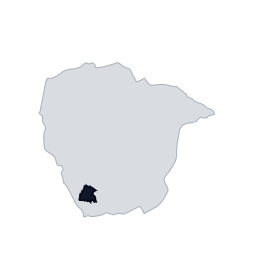 location of Mutoko, Mashonaland East, Zimbabwe, rotated 151°
{"feature_id": "62879985B11813721132111", "entity_name": "Mutoko", "entity_type": "district", "adm_level": 2, "iso_a3": "ZWE", "parent_name": "Zimbabwe", "parent_adm1": "Mashonaland East", "projection": "robinson", "projection_center": [32.255, -17.423], "detail": "fine", "context": "in_parent", "style": "filled", "palette": "ink", "viewbox_px": 256, "rotation_deg": 151, "n_neighbors": 0, "source": "geoboundaries", "source_scale": "gbopen_adm2", "svg_char_len": 4973}
<svg xmlns="http://www.w3.org/2000/svg" viewBox="0 0 256 256"><g transform="rotate(151 128 128)"><path d="M174.5,210.7L172.6,209.4L170.0,208.4L166.6,208.0L162.3,208.2L157.0,209.0L151.3,208.0L145.2,205.4L140.1,204.5L134.1,205.6L133.8,205.7L132.7,204.8L131.1,202.9L128.3,202.5L127.6,202.1L127.0,201.4L126.5,200.4L126.4,199.4L126.8,196.3L126.6,195.9L125.8,195.6L124.3,195.2L120.7,193.7L116.1,192.4L108.7,190.8L105.8,190.5L105.1,190.0L104.3,188.8L102.8,185.2L101.5,182.8L98.2,179.1L97.7,178.0L97.9,175.1L98.1,172.7L98.4,170.7L98.2,168.8L98.2,166.5L98.3,164.9L97.8,164.3L96.7,163.8L93.4,163.6L89.4,163.7L89.2,161.3L88.8,157.6L88.0,155.5L87.1,154.4L85.3,153.3L81.5,151.7L76.4,149.3L72.1,145.8L67.1,141.4L65.5,140.6L63.7,136.5L60.8,129.4L61.0,127.1L60.5,125.9L57.8,122.5L57.2,120.7L56.7,118.9L52.3,113.8L50.8,111.6L49.7,108.7L48.6,106.4L47.6,105.5L46.4,104.0L45.5,102.2L45.1,100.9L45.4,99.1L45.8,97.9L49.9,99.2L52.2,99.3L53.9,98.7L56.1,99.5L58.7,101.8L61.5,102.2L64.6,100.8L68.7,101.2L74.0,103.5L78.3,104.0L83.4,101.9L87.9,96.3L92.2,91.0L96.4,84.9L98.9,80.0L102.7,75.9L107.6,72.8L112.6,70.2L120.3,67.0L121.8,64.4L122.3,61.5L122.3,57.5L122.7,54.9L123.5,53.7L124.8,52.8L126.4,51.6L131.5,48.5L135.7,46.6L140.9,45.3L146.6,45.3L152.1,45.3L155.2,45.3L155.2,49.1L155.5,53.5L156.1,53.9L160.2,54.0L166.8,54.3L173.2,54.6L177.2,57.7L178.6,58.4L182.8,59.2L188.2,64.5L194.7,65.0L199.2,66.6L203.1,68.4L205.3,70.6L206.8,71.1L208.8,71.2L209.7,71.4L209.5,73.0L208.2,75.6L208.4,79.4L210.2,84.6L210.4,89.2L209.9,97.2L209.9,105.0L210.1,107.8L210.4,109.6L210.7,110.6L210.7,111.8L209.6,115.0L208.7,118.5L208.7,119.8L208.3,120.8L207.7,121.7L204.9,123.2L204.4,124.2L204.4,126.0L204.8,127.5L205.8,128.0L207.1,128.9L207.6,130.0L207.6,131.2L207.2,133.4L206.1,137.0L207.2,141.1L208.5,143.8L210.2,146.9L210.9,148.8L210.9,150.2L210.6,151.6L208.0,157.3L206.1,160.8L203.8,164.6L200.8,166.9L200.0,168.1L199.7,169.4L199.8,172.2L199.6,175.2L197.0,179.8L198.6,183.7L198.3,184.1L197.4,184.6L193.7,189.0L189.9,193.5L187.1,196.8L184.0,200.5L180.5,204.7L177.5,208.2L174.5,210.7Z" fill="#d9dde1" stroke="#a8b0b8" stroke-width="1"/><path d="M201.9,93.3L201.9,93.2L201.9,92.9L202.0,92.9L202.1,92.7L202.4,92.5L202.4,92.4L202.5,92.3L202.6,92.2L202.8,92.3L202.9,92.2L203.0,92.2L203.2,91.8L203.2,91.7L203.3,91.5L203.2,91.5L203.3,91.4L203.3,91.1L203.2,91.0L203.1,90.8L203.1,90.7L203.4,90.5L203.5,90.5L203.7,90.3L203.9,90.3L204.1,90.2L204.5,90.1L204.9,89.8L205.0,89.8L205.1,89.7L205.1,89.3L205.2,89.2L205.2,88.8L205.3,88.7L205.4,88.4L203.6,87.2L202.6,86.8L202.2,86.7L201.5,86.4L201.4,86.4L201.2,86.3L201.5,85.4L201.4,85.3L201.0,85.4L200.9,85.4L200.7,85.5L200.4,85.7L200.2,85.6L199.9,85.5L199.8,85.2L199.8,84.9L199.8,84.7L199.7,84.7L199.5,84.3L199.4,84.2L199.2,83.9L199.2,83.7L199.0,83.4L198.9,83.4L198.7,83.5L198.5,83.4L198.4,83.5L198.2,83.6L197.9,83.8L197.7,83.7L197.8,83.2L197.6,82.9L197.4,82.6L197.3,82.3L197.1,82.1L197.0,81.9L196.9,81.7L196.8,81.3L196.7,81.5L196.4,81.7L196.3,81.8L195.9,81.9L195.8,82.4L195.8,82.6L195.7,82.7L195.5,82.4L195.4,82.3L195.4,82.2L195.3,82.3L195.3,82.2L195.3,82.3L195.2,82.2L195.1,82.3L194.8,82.3L194.4,82.4L194.2,82.4L194.0,82.5L194.0,82.3L193.9,82.3L193.9,82.0L193.8,81.9L193.7,81.4L193.6,81.2L193.6,80.8L193.5,80.6L193.4,80.4L193.5,80.3L193.4,80.2L193.3,79.9L193.3,79.7L193.2,79.6L193.2,79.4L192.9,79.4L192.8,79.5L192.7,79.5L192.3,79.5L192.2,79.5L192.1,79.4L192.1,79.5L191.8,79.4L191.6,79.5L191.5,79.4L191.5,79.5L191.4,79.5L191.4,79.9L191.4,80.0L191.3,80.3L191.4,80.5L191.2,80.7L191.2,80.9L191.2,81.0L191.1,81.3L191.0,81.5L190.8,81.9L190.8,82.0L190.7,82.0L190.7,82.3L190.5,82.5L190.4,83.0L190.3,83.4L190.2,83.6L190.1,83.8L190.2,84.0L190.4,84.2L190.4,84.3L190.3,84.5L190.3,84.8L190.3,85.0L190.6,85.5L190.8,85.7L190.8,85.9L190.9,86.0L191.0,86.2L191.2,86.5L191.3,86.6L191.2,86.8L191.1,87.0L191.0,86.9L190.9,86.9L190.8,87.0L190.7,87.1L190.6,87.3L190.5,87.5L190.7,87.8L190.7,88.1L190.7,88.4L190.5,88.5L190.4,88.5L190.2,88.6L189.9,88.7L189.7,88.7L189.4,88.6L189.2,88.7L189.2,88.8L189.0,89.0L188.8,89.1L188.7,89.1L188.4,89.1L188.2,89.0L188.0,88.9L187.9,89.0L187.8,88.9L187.7,88.9L187.4,88.9L187.3,89.0L187.0,89.2L186.9,89.2L186.6,89.3L186.4,89.2L186.9,90.3L187.1,90.7L188.1,93.0L188.3,93.4L188.4,93.6L188.5,93.8L189.6,94.2L189.9,94.4L189.9,94.5L189.7,94.6L189.7,94.8L189.6,95.0L189.6,95.3L189.5,95.5L192.2,96.2L192.1,96.4L191.8,97.0L192.1,97.4L192.4,97.5L192.4,98.2L193.1,97.6L194.1,98.4L194.3,98.0L194.6,97.8L194.8,97.7L195.1,97.4L195.2,97.2L195.3,96.9L195.5,96.7L195.8,96.6L195.7,96.5L195.7,96.4L195.9,96.2L196.1,96.1L196.3,96.2L196.5,96.1L196.6,95.8L197.0,95.5L197.2,95.4L197.3,95.3L197.5,95.2L197.9,94.9L198.1,95.0L198.2,94.9L198.3,94.9L198.5,94.7L198.7,94.9L198.8,94.9L199.0,94.8L199.0,94.7L199.0,94.8L198.9,94.7L199.0,94.6L199.3,94.3L199.5,94.2L199.6,93.8L199.8,93.8L200.0,93.8L200.0,93.6L200.2,93.4L200.4,93.4L200.6,93.5L200.8,93.6L201.1,93.5L201.3,93.5L201.2,93.4L201.3,93.3L201.4,93.2L201.5,93.1L201.7,93.3L201.8,93.3L201.9,93.3Z" fill="#0f172a" stroke="#020617" stroke-width="1.5"/></g></svg>